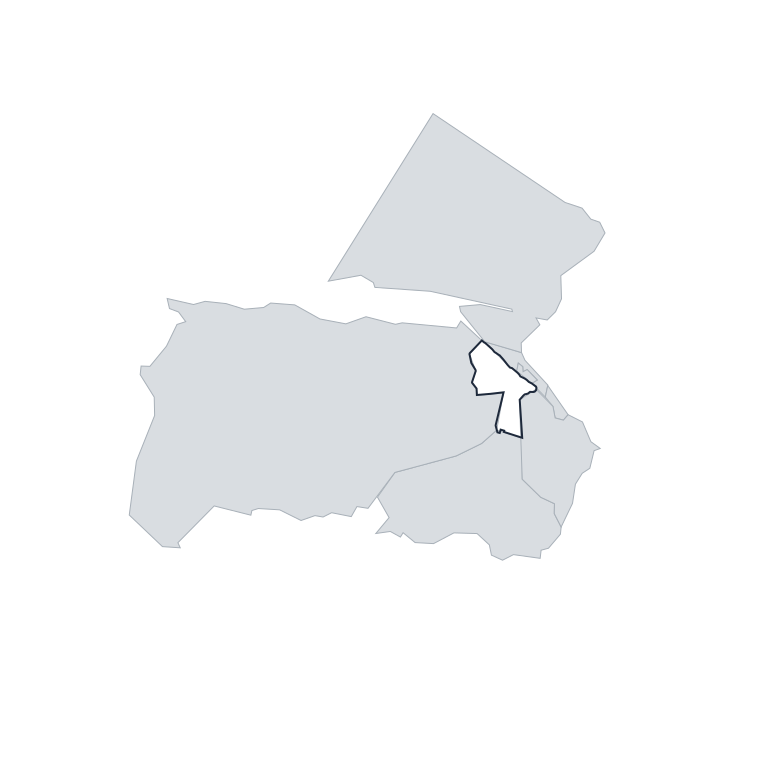 map of Jordan with Israel, Lebanon, Palestine and 4 others greyed out, rotated 122°
{"feature_id": "JOR", "entity_name": "Jordan", "entity_type": "country or territory", "adm_level": 0, "iso_a3": "JOR", "parent_name": "Asia", "parent_adm1": "", "projection": "equal_earth", "projection_center": [36.712, 31.281], "detail": "coarse", "context": "with_neighbors", "style": "outline", "palette": "slate", "viewbox_px": 768, "rotation_deg": 122, "n_neighbors": 7, "source": "natural_earth", "source_scale": "50m", "svg_char_len": 3108}
<svg xmlns="http://www.w3.org/2000/svg" viewBox="0 0 768 768"><g transform="rotate(122 384 384)"><path d="M309.6,240.3L305.1,259.0L299.4,256.1L295.9,270.2L299.9,272.6L295.8,275.5L295.1,281.2L302.7,278.3L303.0,286.6L294.8,320.9L284.5,284.0L289.2,277.0L298.1,244.5L309.6,240.3Z" fill="#d9dde1" stroke="#a8b0b8" stroke-width="1"/><path d="M309.6,240.3L298.5,244.3L312.5,211.6L319.6,212.7L322.1,220.9L313.5,228.8L309.6,240.3Z" fill="#d9dde1" stroke="#a8b0b8" stroke-width="1"/><path d="M302.7,278.3L295.1,281.2L295.8,275.5L299.9,272.6L295.9,270.2L299.4,256.1L305.1,259.0L302.7,278.3Z" fill="#d9dde1" stroke="#a8b0b8" stroke-width="1"/><path d="M363.4,264.0L356.7,238.2L391.5,216.3L397.0,191.1L395.2,176.0L403.7,170.9L411.4,158.0L417.9,154.8L436.1,157.5L441.7,162.7L449.1,159.2L460.1,183.8L470.6,190.1L472.2,202.2L464.6,209.4L461.5,225.8L473.2,245.8L493.1,257.4L502.0,273.6L500.0,289.0L505.1,289.0L505.7,300.5L515.1,311.7L494.6,308.9L483.4,329.6L453.2,327.9L406.8,284.7L382.7,269.7L363.4,264.0Z" fill="#d9dde1" stroke="#a8b0b8" stroke-width="1"/><path d="M307.9,252.3L313.5,228.8L322.1,220.9L319.6,212.7L312.5,211.6L311.0,195.6L323.3,178.0L324.1,166.5L329.2,170.5L346.4,164.8L354.7,168.6L367.5,168.6L385.3,160.9L411.4,158.0L403.7,170.9L395.2,176.0L397.0,191.1L391.5,216.3L325.7,260.7L307.9,252.3Z" fill="#d9dde1" stroke="#a8b0b8" stroke-width="1"/><path d="M295.3,324.0L313.3,327.5L324.2,313.1L336.5,310.1L339.1,302.9L344.4,299.2L328.4,277.9L363.4,264.0L382.7,269.7L406.8,284.7L453.2,327.9L497.9,331.7L502.3,342.0L513.8,341.5L520.9,360.2L529.1,365.2L532.2,372.8L543.7,382.0L546.0,405.8L556.2,424.6L561.3,429.0L565.8,427.4L577.4,463.4L627.8,474.7L630.9,470.0L639.3,485.7L630.1,530.6L580.6,553.1L532.3,561.8L516.9,571.9L505.3,595.7L497.5,599.5L493.1,591.9L467.2,588.5L443.2,591.1L436.2,585.2L431.8,596.4L433.7,605.9L426.4,613.2L417.5,587.6L408.7,579.5L399.5,560.5L394.6,542.1L382.9,526.6L375.4,523.0L364.2,501.6L362.8,472.8L353.2,448.2L336.5,434.9L327.3,405.9L322.5,401.0L298.0,352.1L289.9,352.2L295.3,324.0Z" fill="#d9dde1" stroke="#a8b0b8" stroke-width="1"/><path d="M326.3,485.7L128.7,485.7L134.1,326.6L129.9,309.2L134.6,296.0L132.5,286.8L138.8,276.6L160.1,276.2L198.4,291.5L217.7,278.6L231.8,276.8L243.2,279.5L247.4,290.1L251.2,283.2L276.5,289.4L284.5,284.0L294.8,320.9L282.1,357.3L278.2,361.1L265.6,344.4L254.5,313.4L252.8,315.3L280.9,394.0L306.9,442.9L303.6,446.8L304.0,461.2L326.3,485.7Z" fill="#d9dde1" stroke="#a8b0b8" stroke-width="1"/><path d="M309.0,251.8L310.7,252.2L311.7,253.2L313.3,256.0L315.9,256.9L318.3,259.2L320.0,259.7L325.4,260.6L356.4,238.3L361.1,256.9L359.9,257.3L360.9,260.9L364.2,259.9L364.9,262.2L360.2,267.2L359.7,267.5L327.7,278.2L336.0,288.6L344.1,299.4L338.8,303.1L336.3,309.9L335.9,310.3L324.4,313.1L323.6,313.8L319.9,321.1L313.3,327.4L312.4,327.6L295.2,324.1L295.7,321.3L295.6,319.8L297.2,310.6L298.4,307.1L298.3,306.0L298.5,301.9L298.4,301.1L300.0,295.7L302.4,289.1L303.3,285.9L302.7,283.8L303.7,276.7L304.3,274.4L305.3,272.4L304.8,267.7L304.9,265.2L305.5,262.3L305.2,259.0L305.6,253.8L306.2,252.9L308.1,251.9L309.0,251.8Z" fill="none" stroke="#1e293b" stroke-width="2"/></g></svg>